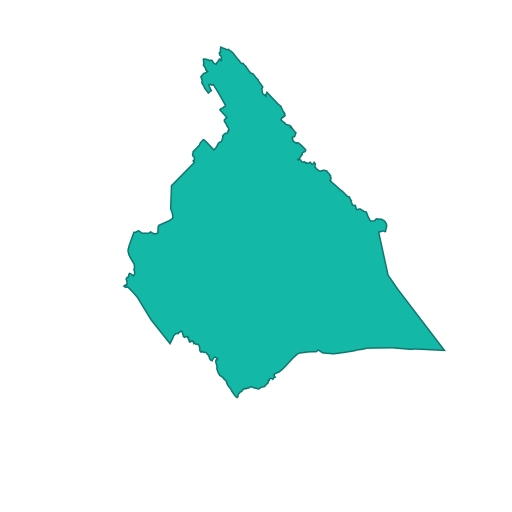 outline of Lunner nor, Oppland, Norway, rotated 53°
{"feature_id": "86288312B32418406906807", "entity_name": "Lunner nor", "entity_type": "district", "adm_level": 2, "iso_a3": "NOR", "parent_name": "Norway", "parent_adm1": "Oppland", "projection": "natural_earth1", "projection_center": [10.663, 60.235], "detail": "fine", "context": "isolated", "style": "filled", "palette": "teal", "viewbox_px": 512, "rotation_deg": 53, "n_neighbors": 0, "source": "geoboundaries", "source_scale": "gbopen_adm2", "svg_char_len": 6084}
<svg xmlns="http://www.w3.org/2000/svg" viewBox="0 0 512 512"><g transform="rotate(53 256 256)"><path d="M444.8,162.3L369.2,162.8L350.8,162.1L310.8,143.7L312.7,139.0L314.3,138.3L314.4,138.0L314.3,137.6L313.8,137.3L310.5,133.3L308.0,132.4L306.7,132.3L305.3,132.4L302.7,133.4L301.3,134.5L300.5,136.0L299.3,136.6L298.8,137.7L298.8,138.6L299.3,140.0L299.2,140.4L298.0,142.3L296.9,143.4L296.0,143.5L291.5,142.7L287.3,141.4L286.2,142.4L285.2,143.0L281.1,144.5L280.4,145.7L279.9,147.5L278.6,147.5L275.4,146.2L274.5,147.4L273.5,148.2L269.5,147.3L268.8,146.8L268.9,146.5L267.0,146.5L265.2,145.8L263.4,147.1L256.2,148.1L253.6,148.9L246.2,150.3L241.8,151.4L241.8,151.2L241.4,151.0L240.0,151.3L240.0,150.6L238.9,149.1L238.1,149.3L237.4,148.6L236.5,148.0L235.6,148.5L234.9,148.0L232.3,148.4L230.7,148.3L229.0,149.5L228.8,150.0L228.0,150.5L227.7,152.0L227.2,152.5L227.3,153.0L226.9,154.0L222.7,155.3L221.8,155.1L220.7,155.4L219.5,154.7L218.3,153.2L216.2,153.2L216.8,154.4L216.6,156.1L213.6,156.3L213.7,158.2L211.9,159.6L212.4,160.2L212.3,160.4L210.0,160.5L208.9,162.5L207.9,162.8L206.3,162.6L205.3,163.0L204.8,163.3L204.7,164.5L204.0,164.5L204.1,162.1L203.0,159.1L202.9,158.3L202.6,157.8L201.8,157.6L201.6,155.3L201.9,154.9L202.1,154.0L201.6,152.8L201.0,152.4L196.1,153.0L191.3,154.0L190.1,155.1L190.3,155.9L186.2,157.4L185.8,156.8L185.0,156.6L184.7,156.2L183.8,156.3L183.2,155.5L183.1,154.7L183.8,153.8L183.7,152.9L182.9,152.3L182.9,151.5L182.0,150.7L181.6,149.9L180.5,150.2L176.5,150.3L174.1,151.0L174.4,150.1L172.3,150.3L169.4,152.6L168.3,153.0L167.1,152.9L162.4,154.3L162.2,154.2L162.3,153.7L161.6,153.0L161.1,151.6L161.5,151.6L161.6,149.6L161.2,148.1L160.5,148.5L159.4,147.2L156.5,147.2L152.2,146.3L151.4,146.0L148.4,146.9L131.9,148.7L132.3,149.2L133.0,151.3L134.2,151.9L130.7,152.9L129.7,152.8L128.6,152.0L126.0,150.9L125.6,149.5L124.8,148.8L117.6,148.7L116.9,148.3L113.7,148.7L109.0,148.7L107.7,149.3L106.6,150.3L106.0,150.1L103.2,150.3L101.6,150.1L99.7,150.2L99.0,149.9L96.3,150.4L95.4,150.5L95.1,150.3L94.3,150.5L93.5,151.7L91.8,152.1L90.3,151.7L88.1,152.1L80.3,152.2L77.3,152.7L76.1,153.4L74.5,153.6L73.2,155.6L71.6,156.1L70.7,156.9L68.0,158.4L69.6,160.2L71.9,161.7L71.6,162.3L71.8,162.7L71.7,163.1L73.6,164.0L75.4,163.6L78.9,165.8L79.1,166.2L77.9,166.6L76.7,166.6L76.6,166.8L77.1,167.5L77.5,169.1L77.9,169.3L78.1,170.2L78.0,171.1L78.4,171.4L78.8,172.6L76.5,173.7L73.3,173.4L72.5,174.2L71.8,175.7L70.9,175.9L70.0,176.7L68.7,177.3L68.2,178.4L67.2,179.0L67.2,179.7L69.9,181.2L71.6,182.6L71.8,183.1L74.9,183.3L76.3,183.5L77.0,184.1L78.2,183.9L79.5,183.4L79.8,183.6L79.3,184.7L79.6,185.3L78.7,188.0L79.7,192.2L83.4,193.4L85.2,195.1L89.1,195.4L90.9,196.0L97.2,196.0L96.9,192.8L97.1,192.2L91.4,191.0L90.9,190.7L90.9,190.4L91.4,189.3L93.0,188.5L92.9,187.8L93.5,186.9L102.1,187.7L117.1,189.7L117.9,190.0L117.6,192.1L117.7,193.5L117.2,195.8L117.6,196.9L127.8,195.9L127.8,197.1L128.4,198.6L128.1,199.0L129.1,200.1L129.9,200.3L132.4,200.3L134.5,200.9L137.1,201.0L139.1,201.9L139.4,202.6L139.2,203.2L140.4,204.1L140.5,204.7L140.4,205.7L139.8,206.0L139.6,207.2L139.6,208.4L139.8,209.5L140.3,209.9L140.1,210.4L140.6,210.6L141.8,211.8L143.4,214.1L143.8,215.2L143.3,216.2L143.1,217.4L143.8,219.4L144.7,220.8L144.7,221.4L145.5,222.7L145.5,223.9L146.0,225.0L145.9,225.8L135.0,227.0L131.6,227.7L131.4,228.2L132.0,231.8L132.3,232.6L133.7,235.0L133.6,236.5L134.0,237.5L134.5,241.8L134.9,243.6L136.0,244.4L136.6,245.5L137.1,245.8L138.3,246.2L139.9,245.8L141.8,247.2L142.2,247.2L142.6,247.9L142.1,248.7L142.3,249.0L143.0,249.2L144.2,249.0L149.0,281.2L166.9,295.7L171.5,297.1L174.6,298.8L175.8,300.0L175.6,303.9L173.0,315.3L174.5,317.2L178.6,320.6L178.1,322.3L176.8,324.2L173.3,325.7L173.3,327.3L173.0,328.6L171.1,330.7L169.5,333.0L168.2,333.8L167.3,333.8L165.1,334.6L164.9,335.0L164.7,337.7L163.6,339.2L171.4,351.1L174.2,354.6L175.6,355.5L178.3,356.7L182.2,357.5L189.2,358.2L191.6,359.6L193.0,360.9L193.4,361.8L195.3,362.3L197.1,363.5L198.1,365.9L194.7,366.8L193.7,367.6L194.2,368.6L195.9,370.2L195.5,372.0L196.4,373.7L198.0,374.1L200.3,375.5L201.4,376.8L201.3,377.2L200.4,377.8L200.7,378.6L200.6,379.0L200.6,379.7L202.7,378.9L203.6,377.1L209.7,376.2L217.5,375.6L243.7,378.2L274.3,377.4L271.1,371.1L270.2,369.9L269.8,367.2L269.6,367.0L269.6,366.7L270.3,366.1L270.3,365.7L270.6,365.1L271.1,365.0L270.8,363.8L271.1,360.7L272.7,360.7L274.0,361.5L275.5,361.7L276.1,362.3L277.2,362.3L278.1,361.9L278.0,361.3L278.6,360.3L278.5,360.0L279.1,359.7L278.8,359.5L279.3,359.0L280.0,359.2L281.1,360.0L282.7,359.7L283.4,360.6L284.7,360.8L284.9,360.4L284.7,360.1L285.2,359.9L284.9,359.5L284.8,359.1L285.2,358.3L286.1,358.3L286.3,357.7L286.8,357.4L288.4,358.3L288.4,357.7L288.8,357.4L289.9,357.3L290.9,356.5L290.8,356.2L291.4,355.5L291.9,355.4L293.5,355.4L295.1,356.0L296.2,356.9L298.0,357.8L299.3,357.9L299.8,357.7L299.5,357.0L299.9,356.2L301.2,356.1L302.7,354.1L306.4,353.8L307.1,353.4L307.6,354.0L308.3,354.0L310.2,354.9L312.4,354.7L313.3,354.0L312.9,353.6L311.9,351.2L311.9,350.5L312.0,349.7L313.5,348.8L315.0,348.5L315.6,349.4L314.9,350.0L315.2,350.8L316.4,351.9L320.9,353.7L322.5,355.2L326.7,356.5L329.5,356.8L333.2,355.5L334.9,355.7L335.8,355.4L338.6,355.1L340.4,356.0L343.2,356.4L347.1,356.2L349.9,356.7L354.5,356.9L357.5,356.5L357.8,356.1L357.7,355.5L355.7,353.3L355.3,350.6L355.1,350.5L355.6,348.8L354.9,347.8L355.0,346.8L354.7,346.4L354.7,345.6L355.4,345.0L355.0,344.6L355.6,344.1L356.2,343.3L356.2,342.5L356.7,342.1L357.1,340.7L357.0,339.7L358.3,337.9L360.6,336.7L361.0,336.3L361.2,335.6L363.3,334.6L363.9,333.5L363.9,330.6L365.3,328.1L365.4,327.3L364.9,325.9L364.6,322.7L363.0,321.2L362.9,320.9L363.4,320.3L362.5,319.7L362.6,319.2L362.3,318.7L362.5,318.1L363.1,317.4L364.0,316.9L364.6,316.8L363.9,314.7L364.3,313.6L362.7,313.5L362.2,313.1L361.9,313.3L361.3,312.4L362.6,306.9L362.3,306.3L362.5,305.9L362.4,303.8L361.8,299.3L359.7,287.8L359.2,281.2L359.6,279.8L364.4,271.4L368.7,265.4L368.6,262.8L373.6,261.0L380.9,252.8L385.7,244.3L391.1,234.1L391.4,232.7L394.7,226.8L396.4,222.8L398.5,219.9L411.3,202.4L423.9,188.3L425.4,185.7L427.8,182.7L444.8,162.3Z" fill="#14b8a6" stroke="#0f766e" stroke-width="1.5"/></g></svg>